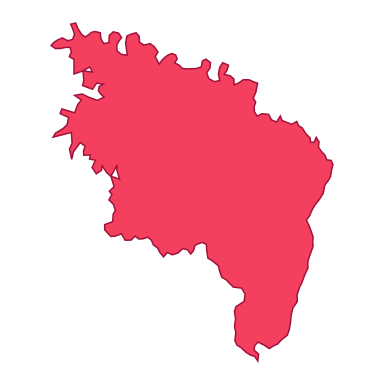 Almirante Tamandaré do Sul, Rio Grande do Sul, Brazil
{"feature_id": "56859067B35776288665793", "entity_name": "Almirante Tamandaré do Sul", "entity_type": "district", "adm_level": 2, "iso_a3": "BRA", "parent_name": "Brazil", "parent_adm1": "Rio Grande do Sul", "projection": "mercator", "projection_center": [-52.924, -28.143], "detail": "fine", "context": "isolated", "style": "filled", "palette": "rose", "viewbox_px": 384, "rotation_deg": 0, "n_neighbors": 0, "source": "geoboundaries", "source_scale": "gbopen_adm2", "svg_char_len": 3122}
<svg xmlns="http://www.w3.org/2000/svg" viewBox="0 0 384 384"><path d="M154.3,46.7L150.1,43.6L144.0,45.1L139.6,42.3L139.2,36.3L136.2,32.8L131.9,33.8L126.9,36.0L125.6,43.2L126.5,49.6L127.3,55.1L121.4,54.4L117.0,50.8L116.8,45.2L118.8,41.2L121.6,37.6L118.6,33.1L113.3,31.8L109.3,35.4L108.9,42.6L103.8,43.6L101.0,39.1L100.3,32.8L95.2,31.5L91.5,32.3L88.5,34.8L85.1,37.0L81.6,34.3L78.2,29.0L75.6,23.0L70.7,24.2L72.8,29.1L74.5,34.1L72.6,39.5L67.7,40.7L62.3,37.9L57.4,40.1L54.0,42.3L51.1,45.5L55.3,48.5L60.4,48.5L65.7,47.4L70.0,47.4L71.4,51.8L69.3,56.7L74.0,59.4L74.0,74.0L83.0,70.9L83.8,80.3L82.6,85.6L92.6,89.2L96.6,83.1L103.3,84.2L99.2,86.5L98.4,90.6L100.6,94.0L104.0,97.0L97.4,100.4L88.5,97.1L82.0,94.0L74.6,95.4L81.4,100.0L77.8,104.4L74.6,112.8L61.9,108.9L60.1,113.6L68.6,117.4L67.1,124.7L63.2,128.4L55.6,133.0L53.1,137.1L71.3,132.5L72.1,143.3L69.5,149.0L71.7,159.3L73.5,151.7L80.2,142.6L85.1,146.2L83.5,151.0L83.7,155.2L90.4,155.0L89.5,159.1L95.4,160.2L92.1,167.5L96.3,173.8L101.5,170.3L102.2,165.9L107.0,173.0L110.9,176.3L114.1,186.7L109.3,191.2L111.9,194.6L108.9,199.9L113.3,204.1L115.4,210.6L113.2,214.0L112.7,221.6L104.7,224.6L104.7,229.8L110.9,236.5L115.4,236.1L121.4,233.8L125.1,240.2L131.1,240.1L135.1,236.1L138.8,239.0L143.1,238.8L147.9,237.2L151.5,240.4L153.4,245.0L157.3,247.7L159.8,252.3L163.6,256.9L167.3,252.5L172.3,254.8L178.0,253.0L182.8,248.6L187.5,249.8L190.7,254.0L193.4,250.9L195.1,245.2L202.0,242.4L206.4,244.3L206.7,250.2L207.9,258.1L212.5,261.0L218.4,265.8L219.7,271.4L221.8,277.3L225.9,279.6L229.3,283.1L233.3,287.1L241.6,288.1L245.1,294.2L244.1,301.4L239.2,304.6L236.0,306.6L234.4,311.5L235.6,318.8L234.5,326.3L235.8,332.7L234.9,340.8L237.0,345.1L241.0,347.6L246.5,352.7L250.7,355.2L254.7,356.4L257.8,361.0L258.6,354.1L254.1,350.2L254.7,345.6L258.1,342.1L264.1,345.1L269.3,348.6L273.5,345.9L277.7,344.0L281.6,339.6L287.3,335.3L289.2,329.8L290.5,322.6L291.1,315.3L292.9,308.0L297.3,301.6L297.1,294.7L299.5,287.4L301.8,282.8L305.1,274.0L307.9,268.2L307.9,261.2L309.7,255.7L311.7,250.2L313.1,246.2L312.7,241.1L313.1,236.9L311.3,231.7L309.5,226.6L306.4,220.2L309.6,215.7L312.3,209.5L315.1,204.9L319.4,199.4L323.2,193.4L324.8,185.1L328.4,180.4L330.5,176.6L331.5,170.5L332.9,164.6L331.1,160.4L326.7,159.8L325.0,155.2L321.3,151.3L318.5,147.2L319.0,141.8L316.2,137.3L314.3,142.1L310.6,142.4L310.1,138.0L305.8,133.6L302.4,128.1L298.5,125.6L296.8,121.5L291.7,124.3L286.9,122.4L282.2,120.6L280.3,116.0L276.6,122.0L271.5,119.9L268.7,114.4L262.0,113.7L257.2,116.2L254.5,111.9L254.1,106.9L255.7,102.2L253.3,98.2L255.9,92.0L257.6,83.2L253.3,81.7L249.1,79.8L243.3,79.7L238.8,82.9L234.1,84.8L233.9,79.0L230.1,75.7L224.2,74.4L226.9,70.5L228.5,65.2L222.7,62.7L219.7,67.4L218.4,73.9L219.7,80.6L214.2,81.6L208.7,78.5L206.7,72.8L209.9,68.2L210.5,62.6L206.0,59.1L202.4,61.0L201.2,67.0L196.2,68.6L190.9,68.7L186.7,68.9L182.3,68.4L179.0,65.0L174.6,62.9L177.2,59.0L175.7,55.0L171.9,53.5L168.3,54.9L165.0,57.2L162.0,60.2L159.2,64.2L155.2,56.6L158.0,52.1L154.3,46.7ZM110.9,176.3L117.2,165.0L116.8,170.0L119.6,179.1L110.9,176.3ZM83.0,70.9L89.7,67.0L92.6,72.1L83.0,70.9Z" fill="#f43f5e" stroke="#9f1239" stroke-width="1.5"/></svg>